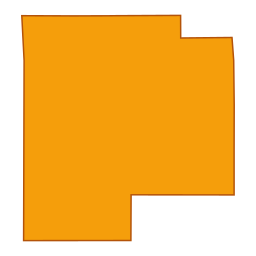 the district of Meeker, Minnesota, United States of America
{"feature_id": "52423323B82723700819743", "entity_name": "Meeker", "entity_type": "district", "adm_level": 2, "iso_a3": "USA", "parent_name": "United States of America", "parent_adm1": "Minnesota", "projection": "robinson", "projection_center": [-94.489, 45.109], "detail": "fine", "context": "isolated", "style": "filled", "palette": "amber", "viewbox_px": 256, "rotation_deg": 0, "n_neighbors": 0, "source": "geoboundaries", "source_scale": "gbopen_adm2", "svg_char_len": 310}
<svg xmlns="http://www.w3.org/2000/svg" viewBox="0 0 256 256"><path d="M23.6,240.6L130.9,240.5L131.1,194.8L234.1,194.9L234.1,149.9L234.2,105.3L233.7,60.5L232.0,37.5L180.7,38.0L180.6,15.4L117.1,15.7L108.1,15.8L73.3,15.9L21.8,15.7L24.1,60.6L23.6,240.6Z" fill="#f59e0b" stroke="#b45309" stroke-width="1.5"/></svg>